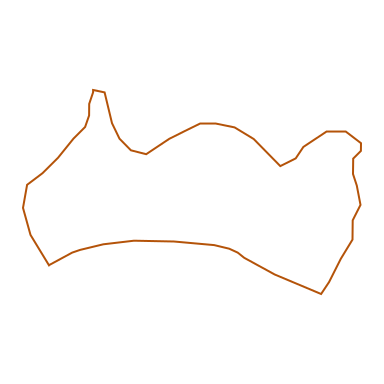 outline of Junghwa, P'yŏngyang, North Korea
{"feature_id": "82179303B90038198338897", "entity_name": "Junghwa", "entity_type": "district", "adm_level": 2, "iso_a3": "PRK", "parent_name": "North Korea", "parent_adm1": "P'yŏngyang", "projection": "robinson", "projection_center": [125.791, 38.876], "detail": "fine", "context": "isolated", "style": "outline", "palette": "amber", "viewbox_px": 384, "rotation_deg": 0, "n_neighbors": 0, "source": "geoboundaries", "source_scale": "gbopen_adm2", "svg_char_len": 721}
<svg xmlns="http://www.w3.org/2000/svg" viewBox="0 0 384 384"><path d="M321.1,294.0L329.1,282.0L340.8,258.8L352.5,239.6L352.7,220.3L360.5,204.9L356.8,185.6L353.0,174.0L353.2,158.6L360.9,150.9L361.0,143.2L345.7,131.5L326.6,131.5L303.4,146.9L295.7,158.4L280.3,166.1L253.7,139.0L234.6,127.4L215.5,123.5L200.2,123.5L184.7,131.1L169.3,138.8L146.2,154.2L130.9,150.3L119.5,138.7L112.0,123.2L104.6,92.4L93.1,90.0L93.1,92.3L89.2,103.9L89.1,115.5L85.1,127.0L73.5,138.6L58.0,157.8L42.5,173.2L27.1,184.8L23.0,207.9L30.5,234.9L49.0,265.3L49.3,265.0L72.2,252.6L80.1,249.9L103.3,244.3L134.0,240.7L173.9,241.5L214.2,245.1L229.2,248.7L237.7,252.6L244.2,257.8L274.7,274.5L321.1,294.0Z" fill="none" stroke="#b45309" stroke-width="2"/></svg>